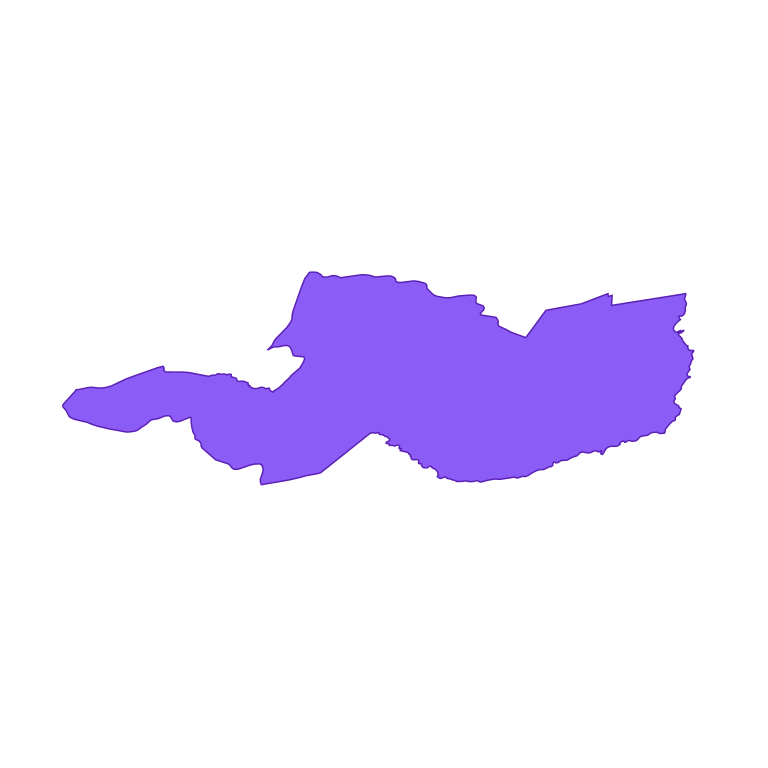 the district of Blönduósbær, Norðurland vestra, Iceland, rotated 164°
{"feature_id": "244011B97005072200428", "entity_name": "Blönduósbær", "entity_type": "district", "adm_level": 2, "iso_a3": "ISL", "parent_name": "Iceland", "parent_adm1": "Norðurland vestra", "projection": "natural_earth1", "projection_center": [-20.065, 65.651], "detail": "fine", "context": "isolated", "style": "filled", "palette": "violet", "viewbox_px": 768, "rotation_deg": 164, "n_neighbors": 0, "source": "geoboundaries", "source_scale": "gbopen_adm2", "svg_char_len": 6098}
<svg xmlns="http://www.w3.org/2000/svg" viewBox="0 0 768 768"><g transform="rotate(164 384 384)"><path d="M529.6,321.0L502.3,318.0L491.6,317.4L483.5,317.3L473.3,316.2L469.5,316.1L411.3,340.3L408.6,340.4L405.5,339.0L402.5,339.0L402.3,338.7L402.7,337.8L401.9,336.6L399.1,335.5L397.1,333.1L395.1,332.2L394.7,330.5L393.8,329.6L393.8,328.5L394.3,328.0L397.7,327.5L398.3,326.3L396.1,325.4L395.6,324.5L395.9,323.7L395.4,323.4L392.6,322.6L390.6,321.3L387.8,321.8L386.2,320.4L386.2,319.6L387.2,318.5L387.2,318.0L386.8,317.6L385.3,317.0L386.8,315.8L386.7,315.4L380.9,312.3L379.3,310.7L379.1,310.1L379.3,309.8L379.2,309.4L378.2,308.4L378.1,308.1L378.6,307.4L378.0,306.4L378.4,304.6L378.2,304.2L376.5,302.9L373.8,302.5L372.1,301.7L371.8,301.3L371.7,300.5L372.6,298.9L372.5,297.9L369.9,296.7L370.4,295.1L369.4,293.0L368.9,292.6L365.6,291.5L363.4,292.3L361.9,292.1L361.0,291.5L360.9,290.1L358.5,288.3L356.9,285.5L356.6,283.9L357.0,282.8L356.7,281.4L358.2,280.7L358.3,280.3L356.6,278.1L355.1,277.5L352.7,277.9L350.8,277.7L349.8,277.0L349.6,276.0L346.0,274.2L344.9,273.1L342.9,272.1L340.8,270.2L335.9,268.8L332.3,268.5L330.0,267.1L326.1,265.8L321.1,265.5L320.0,264.7L319.7,264.0L318.3,263.3L317.3,263.0L310.9,262.9L303.9,262.2L298.8,260.4L284.0,258.5L283.1,257.5L281.1,256.8L275.7,257.1L274.7,256.3L273.1,256.1L270.2,256.4L267.2,257.5L261.2,258.7L257.6,258.7L254.3,257.8L250.6,258.3L248.7,259.0L246.4,258.5L245.5,258.6L244.3,259.3L243.1,261.6L242.2,262.2L241.4,262.0L240.8,261.0L239.3,260.5L237.4,260.8L235.7,261.4L234.0,261.5L229.9,260.5L228.4,260.4L223.3,261.7L218.3,261.8L215.0,263.6L213.2,264.0L211.0,263.7L210.0,262.9L206.6,261.4L204.6,261.1L200.2,261.8L198.0,261.0L196.6,259.5L193.5,259.8L193.4,259.3L194.7,257.8L194.5,256.7L193.6,256.2L192.3,256.8L190.4,258.8L189.3,259.5L188.4,260.7L185.8,261.6L182.7,261.5L178.1,260.1L176.0,260.2L174.2,260.7L173.7,261.1L173.5,261.8L173.7,262.0L172.6,262.8L171.2,263.2L169.3,263.0L168.8,262.6L168.7,261.7L168.2,261.5L164.7,262.3L163.8,262.1L161.1,260.5L157.4,260.0L155.7,260.5L153.0,262.4L151.5,262.9L144.7,262.1L140.6,263.4L138.9,263.3L135.3,262.6L132.6,260.4L127.9,259.4L126.7,261.2L126.4,262.3L125.7,263.2L120.8,266.6L117.1,268.6L116.1,268.8L114.5,268.7L113.8,269.4L113.3,271.4L112.6,272.0L110.8,272.8L108.7,273.3L108.3,273.7L105.2,278.4L106.4,279.4L106.8,280.3L106.8,281.9L109.6,284.5L110.1,285.9L110.3,286.7L110.0,287.8L108.0,289.5L108.2,291.6L107.7,292.4L106.4,293.5L100.1,296.9L99.2,298.2L99.1,299.2L98.8,299.8L92.1,305.2L90.1,305.9L87.9,305.9L87.7,306.7L89.4,307.3L89.7,307.8L90.2,309.9L89.1,311.1L85.9,313.6L85.9,316.8L83.9,318.6L82.4,321.0L81.5,322.1L80.0,323.0L80.1,325.1L79.9,325.6L80.2,327.7L79.9,328.3L78.3,329.2L78.1,329.7L78.5,330.0L78.5,330.4L77.2,330.4L77.2,330.9L80.7,332.0L81.8,333.2L82.0,335.3L81.4,336.9L82.5,337.6L82.9,338.3L84.8,342.7L85.1,345.8L85.7,346.7L86.0,347.8L86.7,348.5L87.4,350.1L86.9,351.1L83.6,351.5L81.2,352.6L81.2,352.9L81.8,353.1L84.0,352.0L86.6,351.6L87.6,352.9L84.2,353.5L84.4,353.7L88.8,353.0L90.4,355.2L90.7,357.2L90.1,358.5L87.9,360.8L85.4,362.4L81.3,364.2L81.7,364.9L82.0,367.2L82.3,367.5L81.1,368.0L79.5,367.2L77.0,367.8L75.9,368.7L74.0,371.7L73.6,373.0L73.7,374.0L71.5,377.1L71.1,378.2L71.1,379.4L71.8,381.9L71.5,383.2L69.4,386.7L69.1,387.7L143.6,396.8L140.3,406.3L144.3,406.3L143.8,409.1L172.4,406.7L208.0,410.2L234.9,389.5L247.1,398.3L252.3,403.4L257.3,407.6L257.8,408.3L258.0,410.0L257.1,412.0L257.0,413.2L257.4,415.8L257.7,416.6L258.4,417.4L269.8,422.7L271.8,423.8L272.2,424.3L272.1,424.9L271.3,425.6L267.6,427.9L266.8,429.3L266.7,430.0L267.3,431.8L271.9,435.2L272.8,436.2L273.1,436.9L273.0,437.9L271.4,441.9L271.6,442.9L273.3,444.6L277.7,446.0L288.5,448.1L297.1,448.7L301.5,450.1L308.4,453.4L310.6,454.9L312.6,457.2L315.8,462.9L316.2,464.0L316.2,465.5L315.7,466.6L315.7,467.7L316.0,468.5L317.0,469.6L322.3,472.9L326.9,474.9L339.3,476.8L342.1,477.7L343.5,478.5L344.2,479.4L344.3,480.1L344.0,481.1L344.1,482.3L344.7,483.5L347.5,485.8L351.1,487.0L362.9,489.2L367.8,492.4L371.8,494.1L376.0,495.3L395.7,498.0L396.8,498.5L400.0,501.0L403.5,502.4L409.0,502.4L411.4,503.0L413.5,504.1L414.7,506.8L417.3,509.4L418.7,510.2L421.0,511.0L424.8,511.9L431.1,507.1L436.1,500.7L451.4,479.1L453.6,474.7L454.4,472.0L456.5,469.4L461.8,465.1L475.2,457.5L477.3,455.9L481.3,451.7L486.1,449.1L485.6,448.9L482.0,449.8L479.2,449.9L475.6,448.9L469.1,448.4L466.7,447.8L465.1,446.7L464.2,445.6L463.6,443.0L463.4,440.4L463.5,437.9L463.4,436.9L463.1,436.3L461.5,435.3L454.1,432.4L453.5,431.9L453.3,431.2L453.7,429.6L455.1,427.7L460.3,422.6L471.1,417.6L472.9,416.2L479.1,413.1L481.3,411.6L486.8,409.0L491.8,407.7L492.8,406.8L495.0,408.7L495.3,409.5L495.3,411.2L495.6,411.7L499.4,412.2L500.4,413.6L502.7,414.7L507.6,414.7L511.1,415.8L512.0,417.0L514.2,418.5L514.2,419.0L513.5,419.6L514.6,420.4L514.9,421.0L514.5,422.0L514.5,422.7L518.9,425.7L522.6,426.4L524.1,427.2L524.4,427.6L524.3,429.7L524.7,430.4L528.8,433.0L528.8,433.7L528.3,434.5L528.2,435.1L528.8,435.9L532.6,436.2L534.6,437.6L538.1,438.3L539.9,439.5L541.4,439.6L543.7,438.9L546.2,439.8L550.5,439.7L568.6,448.9L574.5,451.0L590.6,455.7L591.1,456.3L591.3,457.1L592.1,457.9L591.0,459.6L591.3,461.5L591.6,461.9L596.8,462.1L624.8,460.4L631.5,459.8L646.5,457.3L651.6,457.3L655.1,457.7L659.3,458.7L665.5,461.3L668.3,462.0L679.6,462.9L681.5,463.4L682.4,462.5L697.7,453.0L698.6,452.0L698.9,451.2L698.8,450.3L696.8,445.9L695.7,440.1L695.2,439.0L693.1,436.8L690.4,434.9L679.7,428.9L676.2,426.0L671.1,422.5L661.3,417.0L645.6,409.2L643.5,408.4L637.3,407.4L635.0,407.4L633.2,407.7L627.9,409.6L623.8,410.8L618.2,413.5L615.9,413.6L610.2,412.9L604.2,413.7L600.6,413.2L599.4,412.7L598.2,411.5L597.2,407.2L596.8,406.4L594.1,404.9L590.9,404.4L580.6,405.4L579.2,405.3L578.7,404.7L579.4,402.5L580.3,397.6L580.7,394.3L580.8,390.4L579.8,386.2L579.9,385.5L580.6,384.6L580.6,383.7L580.4,382.9L579.4,381.9L577.2,380.0L576.1,376.2L576.9,375.2L576.6,372.9L566.7,357.5L555.8,350.2L554.5,348.5L553.8,346.3L552.4,344.0L550.7,343.0L547.3,342.3L536.0,342.9L530.9,342.8L525.6,341.5L524.2,340.3L523.5,337.8L523.7,335.1L525.2,332.1L529.3,326.4L529.8,323.4L529.6,321.0Z" fill="#8b5cf6" stroke="#5b21b6" stroke-width="1.5"/></g></svg>